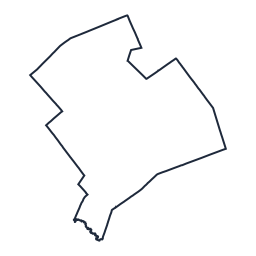 Saceni, Teleorman, Romania (Equal Earth projection)
{"feature_id": "2599482B67630674957093", "entity_name": "Saceni", "entity_type": "district", "adm_level": 2, "iso_a3": "ROU", "parent_name": "Romania", "parent_adm1": "Teleorman", "projection": "equal_earth", "projection_center": [25.054, 44.231], "detail": "fine", "context": "isolated", "style": "outline", "palette": "slate", "viewbox_px": 256, "rotation_deg": 0, "n_neighbors": 0, "source": "geoboundaries", "source_scale": "gbopen_adm2", "svg_char_len": 5143}
<svg xmlns="http://www.w3.org/2000/svg" viewBox="0 0 256 256"><path d="M225.8,148.8L225.3,147.1L223.1,140.2L222.2,137.3L221.3,134.7L220.5,132.0L220.0,130.6L213.3,108.7L213.1,108.0L208.2,101.5L207.1,100.1L206.6,99.4L204.7,96.8L203.9,95.5L203.4,95.0L201.7,92.7L199.6,89.8L198.3,88.3L196.6,85.9L196.3,85.4L195.3,84.2L194.1,82.4L193.2,81.3L192.4,80.2L192.2,80.1L191.7,79.4L189.9,77.1L186.3,72.2L185.5,71.1L184.5,69.7L184.0,69.1L183.8,68.7L182.5,67.1L181.8,66.0L181.4,65.6L180.2,63.9L179.1,62.6L177.6,60.3L176.4,58.9L176.0,58.5L175.8,58.5L173.6,60.1L171.3,61.6L170.4,62.3L167.9,64.0L162.1,68.1L161.7,68.4L159.2,70.2L158.8,70.4L158.3,70.4L158.2,70.5L158.1,70.9L158.0,71.0L157.6,71.3L154.9,73.2L146.6,78.8L146.3,78.8L146.2,78.8L142.5,75.1L132.9,65.8L128.0,61.0L127.9,60.9L127.6,60.8L129.3,55.3L131.1,50.0L139.6,48.2L140.7,48.0L141.4,47.8L139.9,44.2L137.9,39.7L137.8,39.4L137.8,38.9L137.6,38.7L136.5,36.2L134.9,32.4L132.8,28.0L132.0,26.1L131.1,24.1L129.7,20.9L127.7,15.9L127.5,15.6L127.2,15.4L125.4,16.0L119.0,18.5L117.3,19.2L117.4,19.3L115.4,20.1L111.9,21.5L98.8,26.9L88.7,31.0L87.3,31.6L74.5,36.7L73.5,37.1L72.7,37.4L70.7,38.2L70.3,38.4L68.1,40.1L67.0,40.8L66.0,41.5L64.7,42.4L61.0,45.2L60.0,46.0L55.3,50.9L54.4,51.9L53.5,52.7L52.3,53.9L50.2,56.2L42.3,64.0L40.5,65.9L39.1,67.3L37.1,69.4L30.2,75.1L30.7,75.7L31.8,77.0L41.0,87.1L44.7,91.5L45.9,92.7L46.0,92.8L48.3,95.5L48.7,95.9L49.9,97.3L50.3,97.7L51.4,99.0L52.8,100.6L56.1,104.1L56.4,104.6L58.1,106.4L61.2,110.0L62.2,111.4L61.6,111.8L60.9,112.3L59.2,113.8L56.3,116.3L55.7,116.8L53.7,118.5L50.7,121.3L48.9,122.7L47.2,124.3L46.1,125.3L47.6,127.1L50.4,130.7L50.9,131.4L52.5,133.4L53.9,135.0L55.5,137.3L57.9,140.4L58.6,141.4L60.8,144.5L62.3,146.3L63.0,147.5L65.6,150.9L66.1,151.6L69.0,155.4L69.6,156.2L70.0,156.8L71.1,158.1L71.9,159.2L73.5,161.2L77.5,166.5L78.9,168.2L80.0,169.8L81.3,171.6L83.6,174.7L84.3,175.5L78.3,184.3L80.4,186.4L84.2,190.6L86.0,192.7L86.0,193.0L87.5,194.6L85.3,196.5L84.6,197.3L83.7,198.7L83.4,199.2L83.0,200.4L82.3,201.8L81.9,202.2L81.4,203.1L81.2,203.5L80.9,204.4L80.4,205.3L80.2,205.8L79.9,206.6L79.6,207.5L77.5,212.2L76.9,213.7L76.2,215.2L75.1,217.9L74.8,218.4L74.8,218.6L74.5,219.2L74.4,219.4L74.3,219.5L74.2,219.6L74.1,219.8L73.9,219.8L73.9,220.0L74.1,220.1L74.6,220.2L74.8,220.5L74.9,220.8L75.1,221.0L75.0,221.5L74.8,221.8L74.9,222.0L75.0,222.0L75.5,221.5L75.7,221.1L75.7,220.8L75.8,220.6L76.1,220.2L76.6,219.9L76.6,219.7L76.4,219.3L76.4,219.2L76.5,219.2L76.9,219.2L77.3,219.7L77.4,219.9L77.5,220.0L77.8,220.0L78.0,219.9L78.3,219.7L78.6,219.5L79.0,219.8L79.4,220.2L79.5,220.3L80.2,220.3L80.6,220.4L81.0,220.3L81.3,220.4L81.3,220.5L81.3,221.3L81.5,221.5L82.1,221.3L82.2,221.2L82.4,221.0L82.7,221.0L83.2,221.1L83.5,221.4L83.8,221.4L84.0,221.6L83.9,222.3L84.0,222.4L84.1,222.5L84.5,222.4L85.0,222.3L85.3,222.4L85.3,222.5L85.2,223.0L85.8,223.6L85.9,223.8L85.5,224.2L85.3,224.4L85.3,224.5L85.7,225.1L85.8,225.2L86.0,225.4L86.1,225.8L86.0,226.2L85.9,226.3L85.8,226.5L86.4,227.3L86.9,227.7L87.5,227.6L87.8,227.7L87.8,228.0L87.5,228.4L87.5,228.6L87.4,228.8L87.5,229.0L87.9,229.0L88.1,228.8L88.3,228.5L88.5,228.4L88.8,228.5L88.9,228.8L88.8,229.3L89.2,229.4L89.5,229.0L90.2,229.1L90.3,228.8L90.6,228.8L90.9,229.5L91.3,229.7L91.3,229.9L91.3,230.0L91.0,230.2L91.0,230.7L90.9,231.1L90.8,231.4L90.3,231.5L90.2,231.6L90.2,231.9L90.3,232.0L90.8,232.1L91.1,232.1L91.3,232.2L91.2,232.4L90.9,232.7L90.9,232.8L91.0,232.9L91.1,233.0L91.3,233.0L91.7,233.0L92.0,232.9L92.2,233.0L92.3,233.1L92.4,233.5L92.6,233.7L93.0,233.8L93.1,233.7L93.4,233.4L93.5,233.4L94.1,233.7L94.6,233.7L94.8,233.4L95.0,233.4L95.2,233.5L95.4,233.9L95.5,234.1L95.5,234.4L95.2,234.6L95.0,235.1L95.1,235.3L95.3,235.4L95.8,235.2L96.0,235.2L96.1,235.3L96.0,235.7L96.0,235.8L96.2,236.0L96.8,235.9L97.5,236.1L97.6,236.5L97.7,236.8L98.0,236.8L97.9,237.6L97.8,237.8L97.7,237.9L97.2,237.9L96.8,238.1L96.3,238.1L96.1,238.2L96.1,238.3L96.2,238.7L96.1,239.0L96.2,239.3L96.4,239.5L96.9,239.7L97.5,239.8L97.9,240.1L98.4,240.1L98.6,240.2L98.9,240.5L99.0,240.6L99.4,240.6L99.5,240.6L99.7,240.3L99.8,239.8L100.2,239.4L100.5,239.2L100.9,239.2L101.4,239.3L102.0,239.4L102.3,239.4L102.5,239.1L102.4,238.5L102.5,238.4L102.8,238.3L102.9,237.1L103.0,236.7L103.2,236.1L103.3,235.9L103.4,235.6L103.9,234.3L104.1,233.7L104.5,232.7L105.3,230.2L105.6,229.4L106.5,226.8L107.2,224.8L107.5,223.5L107.8,222.9L107.9,222.4L108.0,222.0L108.9,219.3L109.1,218.7L109.6,217.0L110.1,215.4L110.5,214.4L110.7,213.9L111.0,213.2L111.4,212.0L111.6,211.1L111.7,210.7L111.8,210.2L112.2,209.7L112.9,209.3L113.3,209.0L115.4,207.6L115.6,207.3L115.7,207.5L120.5,204.0L123.5,202.0L124.0,201.7L124.9,201.0L127.5,199.2L128.6,198.4L129.1,198.1L130.9,196.7L132.0,196.0L132.7,195.6L134.0,194.6L137.2,192.4L138.1,191.8L140.5,190.0L141.6,189.1L142.2,188.6L145.0,185.7L145.7,185.2L147.2,183.7L147.5,183.4L147.7,183.0L148.2,182.7L148.3,182.6L149.0,182.0L150.3,180.8L151.6,179.5L153.9,177.4L155.7,175.7L156.7,174.7L157.2,174.4L157.9,174.0L162.9,172.1L163.9,171.8L165.0,171.4L165.7,171.2L169.9,169.6L175.5,167.5L179.9,165.9L180.0,165.8L181.3,165.3L182.2,165.2L186.3,163.5L201.5,157.9L210.3,154.5L218.4,151.5L222.9,149.8L225.8,148.8Z" fill="none" stroke="#1e293b" stroke-width="2"/></svg>